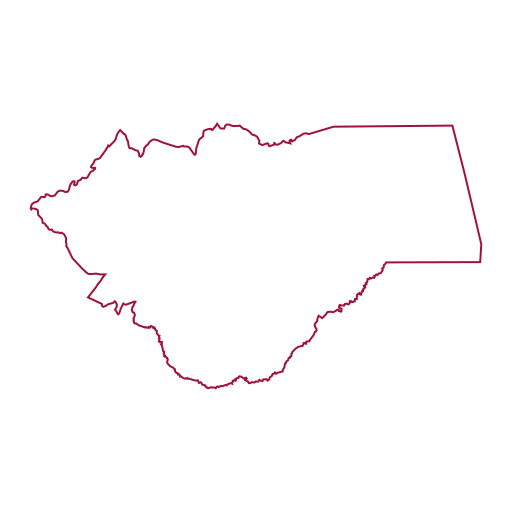 outline of Zomba, Zomba, Malawi
{"feature_id": "42251766B13881881574545", "entity_name": "Zomba", "entity_type": "district", "adm_level": 2, "iso_a3": "MWI", "parent_name": "Malawi", "parent_adm1": "Zomba", "projection": "albers", "projection_center": [35.302, -15.438], "detail": "fine", "context": "isolated", "style": "outline", "palette": "rose", "viewbox_px": 512, "rotation_deg": 0, "n_neighbors": 0, "source": "geoboundaries", "source_scale": "gbopen_adm2", "svg_char_len": 6039}
<svg xmlns="http://www.w3.org/2000/svg" viewBox="0 0 512 512"><path d="M57.6,191.7L54.9,195.4L52.6,196.2L50.6,196.1L48.4,194.8L46.4,194.2L45.6,194.7L45.3,196.7L45.0,196.9L44.4,197.2L42.4,196.8L40.9,197.2L37.6,201.4L34.1,202.5L32.4,203.7L31.5,205.0L30.7,208.4L31.2,209.1L31.4,208.5L33.4,208.5L36.0,209.0L37.8,210.4L38.3,215.0L41.2,218.0L42.3,219.7L42.6,222.8L44.0,223.2L45.6,224.6L46.2,226.0L47.5,226.7L48.3,228.6L49.0,229.3L49.9,229.8L51.7,229.5L52.9,231.1L54.3,232.0L56.7,232.5L58.2,232.3L59.9,233.1L61.6,232.7L64.1,234.3L66.2,238.3L65.9,241.8L66.5,244.3L66.3,246.3L67.5,247.9L72.4,258.1L81.9,268.3L86.7,272.8L88.5,273.9L91.1,274.1L96.2,273.6L100.4,274.4L105.2,274.4L102.6,277.6L100.6,280.9L97.8,284.2L96.2,286.9L88.0,297.4L101.8,303.9L102.1,305.9L103.3,306.8L105.6,306.0L107.8,304.4L113.3,302.8L114.7,301.3L115.3,301.6L116.9,304.5L116.5,307.4L115.0,309.7L116.3,311.2L117.8,314.1L118.3,314.3L119.3,313.2L120.7,308.8L123.3,303.5L124.9,304.5L126.0,304.7L134.5,301.5L135.4,301.7L134.2,303.7L133.3,306.1L132.3,307.2L132.3,308.2L131.8,309.6L132.5,312.0L134.0,312.6L134.9,314.9L134.0,317.7L133.4,318.5L133.8,319.3L133.5,320.8L133.9,321.2L134.0,322.6L134.6,323.4L136.1,323.4L138.9,325.4L145.5,327.6L145.6,327.2L147.5,327.6L148.8,327.0L149.2,327.3L149.0,327.8L149.5,327.8L149.7,326.9L150.6,326.8L151.1,326.0L152.7,326.8L153.0,327.7L154.3,327.5L154.1,328.3L154.4,328.7L154.9,328.5L155.9,330.3L156.8,330.8L156.7,333.2L158.5,335.4L159.3,335.8L159.0,336.1L159.0,337.0L159.5,337.9L159.0,338.5L159.6,339.1L158.9,341.4L160.2,341.8L160.1,342.3L160.5,342.4L161.9,342.0L161.8,343.9L161.1,344.6L161.9,345.2L163.1,351.0L164.1,351.6L164.3,352.0L163.6,353.3L164.9,355.5L164.1,356.0L164.4,356.4L165.2,355.9L166.0,357.2L166.9,357.6L166.8,358.1L167.8,359.1L167.2,362.0L167.5,363.4L170.0,366.1L173.5,367.9L174.3,369.2L174.8,369.2L175.2,371.6L176.5,373.0L177.5,373.0L178.1,374.6L179.0,374.2L180.2,375.6L180.1,376.6L181.1,376.5L183.5,378.2L184.9,378.6L185.9,378.3L186.8,378.6L187.2,378.1L187.8,378.8L188.7,378.5L194.2,380.3L196.6,380.6L197.6,380.3L198.0,380.5L198.7,382.7L199.1,383.0L200.5,382.3L201.4,382.7L202.2,384.6L205.2,385.4L205.2,386.4L206.6,386.9L206.8,387.7L208.2,388.2L211.0,387.2L212.4,387.6L214.4,387.4L215.8,388.2L217.0,386.6L218.0,386.5L218.7,387.1L221.0,385.9L223.0,386.0L225.8,384.9L226.7,385.4L228.1,384.1L230.9,383.1L232.1,383.7L231.9,382.8L233.0,381.7L232.7,380.8L233.6,380.4L235.6,380.8L236.0,380.0L235.3,379.2L237.0,378.1L238.5,377.9L238.6,376.9L239.4,376.3L241.3,376.7L244.3,378.9L245.2,377.8L246.2,377.7L246.7,378.5L245.1,379.7L245.1,380.2L248.2,381.6L248.7,383.0L250.1,383.2L251.6,382.2L254.5,382.5L255.5,381.5L257.9,381.7L259.4,379.9L260.6,380.8L261.5,380.6L262.4,381.1L263.3,379.4L266.7,379.2L267.4,380.5L267.8,380.6L269.3,379.3L269.8,377.4L272.0,375.8L272.6,373.9L274.1,373.6L275.0,372.5L275.9,373.7L276.4,373.7L277.6,372.8L282.7,371.4L282.7,370.0L284.5,367.1L284.5,365.6L285.3,363.2L285.8,363.2L286.4,361.4L288.1,360.2L288.6,358.2L290.0,357.7L290.0,356.8L291.3,356.3L291.4,353.8L292.0,353.2L292.4,351.8L295.9,348.4L298.4,346.8L302.7,345.8L303.7,343.0L304.7,343.0L305.8,343.9L306.3,343.7L306.0,342.3L306.6,341.5L309.5,341.2L310.0,339.8L313.6,335.1L314.9,331.9L315.9,331.6L316.6,330.1L316.5,329.1L315.0,326.5L314.6,325.1L315.0,323.6L317.2,321.2L317.6,318.1L318.6,315.8L322.3,318.1L326.1,314.2L326.8,312.9L327.7,312.0L331.1,311.7L332.5,312.2L333.9,311.9L337.6,309.6L338.1,309.8L338.7,311.1L340.2,311.1L341.0,311.7L341.4,311.4L341.6,308.9L340.8,308.4L339.9,308.5L339.9,308.0L339.1,307.5L339.2,306.0L339.6,305.1L340.1,304.9L340.7,305.6L343.5,305.3L343.9,305.6L344.9,304.0L345.9,304.1L346.7,303.6L348.4,304.4L348.8,304.2L349.7,303.1L349.7,301.6L350.2,300.8L350.7,300.9L351.5,302.0L352.9,302.0L353.7,301.3L354.7,301.4L355.0,299.0L356.8,299.1L356.7,297.6L357.2,295.7L357.0,294.7L359.3,293.1L359.5,294.1L360.4,294.7L361.1,294.6L361.0,294.1L361.4,292.8L362.1,292.0L362.1,291.1L363.0,291.1L363.2,290.6L363.1,289.2L364.3,288.5L365.2,287.3L363.9,286.5L363.8,285.6L364.3,285.4L365.1,285.9L365.6,284.6L366.5,284.0L365.8,283.0L367.2,281.9L367.6,279.0L369.1,279.1L369.8,277.8L371.1,278.5L372.8,277.5L374.2,277.8L374.7,276.9L374.3,275.7L375.7,275.3L376.3,274.5L376.8,274.4L377.5,275.0L378.7,273.5L380.7,273.2L382.7,270.2L382.6,269.2L382.1,268.5L383.7,267.4L383.9,265.0L385.5,263.7L386.1,262.4L480.2,262.1L481.3,244.3L464.9,174.8L452.4,125.6L333.5,126.7L308.7,134.1L306.2,133.3L303.7,133.6L299.0,136.5L297.1,137.0L294.5,140.4L293.1,140.6L292.3,141.4L291.8,141.3L291.2,139.8L289.7,140.3L289.6,141.5L290.3,143.4L285.5,142.3L283.9,141.1L283.0,140.9L281.3,142.9L278.4,144.4L276.9,144.7L274.8,144.2L274.7,143.1L274.3,142.9L273.7,144.8L269.5,146.2L268.8,145.6L268.3,143.7L267.4,143.3L262.2,145.1L259.0,143.5L259.4,140.8L257.2,136.8L254.6,135.2L252.1,134.6L249.0,131.2L246.0,129.3L243.4,128.8L239.7,125.6L238.9,125.9L233.5,126.0L231.5,125.7L229.8,124.7L226.9,124.5L225.3,125.6L224.2,128.5L221.2,128.5L220.5,128.4L217.1,123.8L215.7,126.1L212.5,129.9L211.6,129.9L211.2,128.9L210.7,128.8L208.4,129.0L204.5,130.4L203.8,131.1L203.4,132.2L203.1,136.3L199.7,139.1L198.8,140.4L196.2,148.7L195.8,153.6L194.8,154.8L193.9,154.0L189.4,147.7L188.0,146.7L183.3,146.3L183.2,145.9L178.5,147.0L175.8,146.7L163.0,142.6L157.2,140.1L153.9,139.4L151.8,140.2L149.7,141.7L147.8,144.6L146.5,145.4L144.2,148.2L143.7,151.7L143.0,154.0L142.5,154.2L142.2,155.6L141.7,155.6L140.6,156.8L139.3,156.2L139.1,153.6L137.8,150.8L135.2,150.1L131.6,148.2L129.8,148.3L129.4,148.0L128.7,146.1L127.9,141.1L127.0,139.9L125.9,135.9L124.7,134.2L123.8,133.9L120.2,130.1L118.1,132.6L116.9,135.0L115.6,139.3L114.5,141.0L109.3,146.3L108.2,145.5L107.4,147.6L106.7,148.1L105.6,150.2L100.1,157.9L98.8,158.7L95.7,159.6L94.5,160.5L93.9,162.6L91.6,165.5L90.9,166.9L92.0,167.9L95.1,167.9L95.1,168.8L93.2,170.6L90.5,172.0L87.4,177.4L85.7,178.3L82.3,177.7L80.6,179.8L77.8,181.1L77.2,183.7L76.4,184.9L75.5,185.3L74.5,185.2L74.0,184.3L74.7,182.4L74.5,181.4L73.5,181.2L72.6,181.5L70.7,184.0L69.7,186.4L69.0,189.7L67.6,191.8L65.3,192.0L63.0,190.9L59.8,190.6L57.6,191.7Z" fill="none" stroke="#9f1239" stroke-width="2"/></svg>